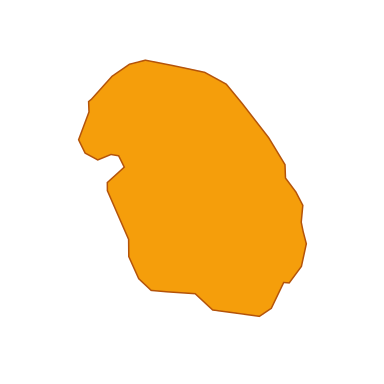 Inkisi, Bas-Congo, Democratic Republic of the Congo, rotated 318°
{"feature_id": "63176286B22382339186814", "entity_name": "Inkisi", "entity_type": "district", "adm_level": 2, "iso_a3": "COD", "parent_name": "Democratic Republic of the Congo", "parent_adm1": "Bas-Congo", "projection": "albers", "projection_center": [15.093, -5.139], "detail": "fine", "context": "isolated", "style": "filled", "palette": "amber", "viewbox_px": 384, "rotation_deg": 318, "n_neighbors": 0, "source": "geoboundaries", "source_scale": "gbopen_adm2", "svg_char_len": 699}
<svg xmlns="http://www.w3.org/2000/svg" viewBox="0 0 384 384"><g transform="rotate(318 192 192)"><path d="M203.4,324.6L223.5,320.5L242.3,307.0L248.2,295.6L253.0,287.5L265.4,276.1L269.2,261.5L270.8,244.2L279.4,233.9L285.3,203.0L288.5,159.7L289.6,134.8L281.5,111.6L262.2,85.0L245.5,62.8L231.0,55.2L210.0,52.5L179.4,55.8L175.7,55.6L169.0,63.6L142.7,77.3L142.0,79.6L138.6,91.6L142.2,101.6L143.4,105.1L156.9,109.9L161.7,116.0L161.2,117.9L158.3,128.2L143.1,128.3L135.4,128.3L130.0,134.4L114.6,180.6L113.2,184.8L101.8,197.7L94.4,220.8L95.8,237.8L106.6,249.4L126.3,269.7L128.4,293.5L158.9,329.5L173.1,331.5L199.6,320.6L201.5,322.6L203.4,324.6Z" fill="#f59e0b" stroke="#b45309" stroke-width="1.5"/></g></svg>